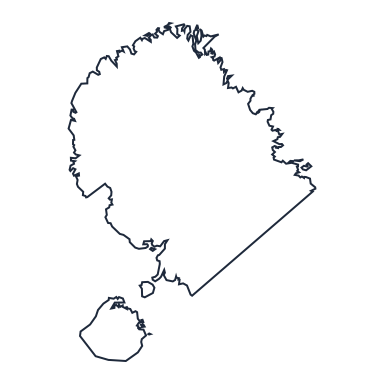 North Vella la Vella, Western, Solomon Islands (orthographic projection)
{"feature_id": "97153195B19966779892851", "entity_name": "North Vella la Vella", "entity_type": "district", "adm_level": 2, "iso_a3": "SLB", "parent_name": "Solomon Islands", "parent_adm1": "Western", "projection": "orthographic", "projection_center": [156.59, -7.704], "detail": "fine", "context": "isolated", "style": "outline", "palette": "slate", "viewbox_px": 384, "rotation_deg": 0, "n_neighbors": 0, "source": "geoboundaries", "source_scale": "gbopen_adm2", "svg_char_len": 5878}
<svg xmlns="http://www.w3.org/2000/svg" viewBox="0 0 384 384"><path d="M312.7,191.6L311.1,190.8L315.4,188.7L315.2,187.3L310.7,183.6L310.0,178.6L305.9,177.0L304.4,176.9L304.1,178.0L301.9,176.5L300.3,177.4L298.6,175.6L294.8,174.9L295.9,173.3L299.1,172.3L297.2,170.9L298.1,169.7L296.9,166.6L298.0,166.4L298.1,164.6L291.6,162.8L286.1,163.7L282.8,160.7L281.5,162.3L274.0,159.6L273.6,157.6L274.8,156.6L272.2,154.5L274.9,152.0L272.8,150.0L272.2,147.4L274.7,146.0L276.2,146.6L276.0,147.7L278.2,148.1L278.4,147.0L280.9,147.0L283.0,145.3L281.9,144.0L279.5,144.2L273.4,141.1L277.4,139.2L277.8,137.2L280.0,136.9L282.3,133.9L279.3,134.5L277.9,130.7L276.5,131.0L275.9,129.9L272.5,130.7L271.5,129.7L273.0,126.5L269.4,125.7L267.6,121.7L267.9,120.0L270.5,119.4L271.2,115.2L273.2,113.8L273.4,111.8L271.7,108.9L272.6,108.1L269.0,107.8L267.4,109.0L259.4,109.8L257.6,112.1L259.6,110.8L259.2,112.0L258.1,112.8L256.3,111.9L257.2,112.9L255.8,114.3L252.8,113.2L250.1,109.9L248.1,103.9L250.5,100.7L250.4,98.8L251.8,96.2L253.5,95.7L252.9,94.9L254.4,93.8L254.3,91.8L252.2,90.8L247.7,91.8L243.7,89.8L242.7,88.1L241.6,90.6L238.5,92.3L236.0,86.8L232.9,88.4L231.6,87.5L228.0,88.0L228.7,83.1L227.6,80.4L226.4,83.0L223.5,84.4L224.2,76.5L227.0,70.2L225.9,69.9L224.0,71.8L223.9,69.1L221.3,69.8L220.5,67.4L222.5,62.1L221.6,58.1L220.6,57.9L220.0,60.9L218.2,63.0L217.6,60.3L218.6,58.1L214.1,60.6L213.2,60.0L213.1,58.4L211.7,57.2L214.5,56.5L215.1,54.4L213.9,51.3L212.9,51.8L212.6,53.7L211.4,53.3L212.1,49.6L211.0,48.5L210.2,51.2L208.5,51.5L208.2,54.6L206.7,54.9L205.9,52.9L205.1,53.8L204.8,49.5L203.4,48.0L214.7,36.6L218.7,34.4L210.8,36.4L207.2,34.9L206.4,36.1L204.5,35.5L203.4,36.6L201.6,30.6L199.9,29.1L201.1,30.9L201.5,35.8L200.7,40.7L198.3,43.2L196.8,36.0L198.5,31.2L196.0,29.4L194.3,30.8L193.7,33.3L196.3,40.7L195.1,44.4L195.5,50.0L198.7,52.6L200.8,52.6L202.3,54.5L200.8,55.5L199.5,55.0L199.9,57.1L198.9,57.8L196.0,52.5L194.0,50.8L192.4,46.4L193.3,43.8L192.6,36.2L190.7,35.3L188.4,40.5L187.2,38.6L187.7,34.9L190.5,31.8L189.7,26.3L187.2,25.9L184.7,29.0L184.4,31.5L183.8,30.2L181.9,30.8L182.1,28.4L184.5,25.2L183.9,24.3L175.9,26.4L177.4,28.9L177.2,34.0L179.7,35.6L177.1,37.9L171.1,32.3L169.8,28.8L170.7,27.5L169.2,26.4L168.3,26.5L168.1,29.8L164.1,31.1L162.9,34.2L159.7,32.0L158.6,30.1L159.0,28.3L158.0,28.1L156.5,29.8L157.0,31.8L155.0,33.7L157.9,36.1L157.2,37.6L154.3,37.5L152.6,34.5L151.1,35.1L148.8,37.8L150.7,39.7L150.8,41.8L144.8,38.0L142.4,38.9L141.9,40.1L140.3,37.7L135.4,41.2L132.9,45.3L134.2,46.4L133.6,48.5L134.6,51.0L136.2,51.8L134.0,54.4L131.4,53.6L130.0,49.5L127.3,46.4L121.9,47.2L123.6,51.5L122.0,50.6L119.5,52.0L119.3,50.7L117.0,51.1L118.4,56.4L116.2,57.7L116.7,59.3L117.8,59.4L115.0,60.1L116.7,63.6L116.8,66.6L111.3,60.7L108.7,56.2L106.8,56.0L105.7,58.9L104.2,57.4L100.8,59.0L96.8,67.5L96.9,70.3L99.2,71.8L99.8,74.1L98.2,74.8L92.8,71.6L89.7,73.2L88.6,77.1L87.4,78.1L87.3,83.4L81.3,83.7L75.4,92.8L72.1,100.8L71.4,103.1L76.4,112.2L75.5,112.8L73.4,111.8L72.9,109.6L71.6,109.6L70.4,115.6L72.4,118.2L74.1,118.8L75.0,120.9L71.0,119.9L68.6,128.6L73.7,135.4L74.3,139.8L73.1,140.0L73.0,144.2L74.2,145.1L73.4,146.7L75.4,150.3L74.0,152.6L75.8,154.5L79.4,155.4L75.6,158.3L70.9,157.8L71.0,160.6L74.9,161.2L73.5,162.2L74.0,163.8L70.6,165.6L69.6,169.8L70.4,171.0L73.1,168.2L75.4,169.3L73.0,173.7L74.0,175.7L78.8,173.4L79.0,175.6L75.9,176.2L77.6,179.9L76.9,184.0L78.0,186.8L83.2,191.8L82.9,195.2L85.5,196.0L86.1,197.4L87.3,197.1L105.1,183.7L107.4,186.6L110.2,188.0L111.5,191.8L111.2,195.4L108.7,198.3L109.9,199.6L111.9,199.4L111.3,202.7L112.4,204.6L109.6,205.2L109.2,207.4L106.0,209.3L106.8,214.9L105.4,217.2L108.1,223.0L110.6,223.2L112.1,226.5L119.8,233.9L123.5,234.9L129.5,239.2L129.8,242.2L135.2,247.6L138.9,248.8L145.6,248.0L147.8,246.6L147.9,245.2L147.1,244.2L143.3,244.3L144.1,241.3L150.8,241.1L151.3,239.4L152.8,241.0L151.7,243.4L152.3,245.1L154.5,246.7L156.9,245.7L160.2,246.3L164.1,241.1L167.5,240.2L164.9,244.2L164.9,248.6L159.3,254.9L157.9,255.3L156.5,257.9L157.2,260.4L159.6,261.2L159.8,264.0L157.7,274.5L155.4,276.7L152.3,277.6L152.7,279.7L155.2,281.3L159.1,278.8L161.0,276.8L164.2,269.9L164.9,272.7L163.7,275.0L166.5,280.1L172.8,281.4L175.1,280.0L176.1,276.3L176.5,277.7L178.9,278.2L178.4,279.6L179.6,279.7L179.0,284.3L183.1,283.4L187.0,285.5L190.6,294.6L192.1,295.7L312.7,191.6ZM146.0,335.5L143.5,329.6L139.2,329.3L138.5,328.5L139.6,327.9L138.1,327.6L138.3,326.2L136.9,325.6L138.9,322.6L140.6,322.2L137.8,318.7L137.1,312.2L135.5,311.2L132.3,312.8L130.3,309.0L127.6,308.4L126.9,307.1L126.0,307.4L126.5,308.8L122.8,306.9L122.7,305.4L120.3,306.8L119.0,304.6L118.5,307.0L116.1,304.8L114.4,305.9L114.4,307.9L111.3,308.5L114.8,302.6L124.4,302.5L122.9,298.5L119.0,297.1L117.7,298.9L116.3,297.0L113.7,298.7L108.9,297.9L108.7,300.0L103.4,303.6L98.0,310.0L95.9,316.3L90.1,324.5L80.6,331.5L80.0,336.0L95.6,356.2L108.4,359.9L125.8,361.0L137.9,352.4L142.2,345.9L141.2,342.0L141.8,339.1L146.0,335.5ZM154.4,287.7L152.6,284.6L147.9,281.9L142.2,282.2L141.5,285.2L139.8,285.6L141.9,288.8L142.1,296.3L144.8,297.3L152.9,293.0L154.4,287.7ZM311.3,166.3L308.1,163.2L306.6,164.5L307.7,166.0L307.1,166.6L303.9,165.8L301.5,167.6L302.9,169.4L306.1,170.3L311.3,166.3ZM155.1,249.2L151.3,247.8L150.1,249.1L152.7,250.9L155.1,249.2ZM303.4,159.4L298.9,160.3L293.9,160.4L300.0,161.2L303.4,159.4ZM231.8,75.6L228.0,76.1L227.0,78.6L227.6,79.7L231.8,75.6ZM149.9,33.6L149.0,33.0L144.9,35.4L147.5,35.9L149.9,33.6ZM144.6,326.6L143.6,324.9L141.0,324.7L142.1,327.0L144.6,326.6ZM167.9,28.3L166.9,25.5L164.6,26.7L164.7,27.5L167.9,28.3ZM198.2,28.4L197.5,25.6L197.0,25.5L195.9,28.0L198.2,28.4ZM143.4,322.3L142.5,319.8L141.5,320.0L142.6,322.9L143.4,322.3ZM293.3,161.1L290.4,160.9L289.4,161.8L292.6,161.8L293.3,161.1ZM170.7,23.3L169.1,23.0L167.8,25.0L168.6,24.1L170.7,23.3ZM150.5,334.1L149.2,333.5L148.4,334.1L149.1,334.5L150.5,334.1ZM279.2,129.8L278.4,129.0L277.7,128.9L277.8,129.7L279.2,129.8Z" fill="none" stroke="#1e293b" stroke-width="2"/></svg>